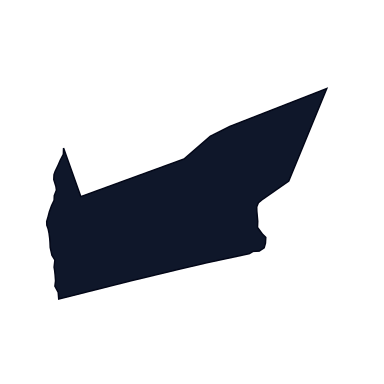 outline of Poço Branco, Rio Grande do Norte, Brazil, rotated 256°
{"feature_id": "56859067B85705906363289", "entity_name": "Poço Branco", "entity_type": "district", "adm_level": 2, "iso_a3": "BRA", "parent_name": "Brazil", "parent_adm1": "Rio Grande do Norte", "projection": "mercator", "projection_center": [-35.694, -5.586], "detail": "fine", "context": "isolated", "style": "filled", "palette": "ink", "viewbox_px": 384, "rotation_deg": 256, "n_neighbors": 0, "source": "geoboundaries", "source_scale": "gbopen_adm2", "svg_char_len": 788}
<svg xmlns="http://www.w3.org/2000/svg" viewBox="0 0 384 384"><g transform="rotate(256 192 192)"><path d="M259.8,347.8L246.5,244.6L245.4,239.8L241.7,223.3L226.0,192.4L214.4,83.0L265.7,78.0L259.7,76.3L254.6,71.8L250.4,68.6L245.1,64.2L242.2,62.3L237.5,60.9L230.2,61.3L226.6,60.9L221.8,57.5L217.3,56.2L212.7,52.4L207.3,48.8L202.5,46.2L198.6,43.9L194.9,43.1L191.0,43.5L186.3,43.3L181.3,42.7L177.8,42.1L172.4,41.0L164.5,40.8L159.2,42.5L152.4,40.0L148.8,39.7L144.5,39.1L138.8,38.1L133.8,36.2L127.0,37.9L120.4,36.8L120.6,111.1L120.2,159.2L119.8,188.1L118.3,232.7L119.6,236.9L118.4,242.9L120.4,248.5L124.6,250.9L130.1,252.6L134.2,250.1L141.8,247.0L147.7,248.7L157.9,250.3L161.9,251.2L165.5,253.8L167.5,257.9L179.2,288.5L259.8,347.8Z" fill="#0f172a" stroke="#020617" stroke-width="1.5"/></g></svg>